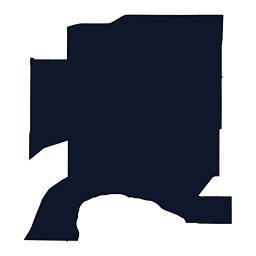 outline of Claremont, Western Australia, Australia
{"feature_id": "25037944B95117000304737", "entity_name": "Claremont", "entity_type": "district", "adm_level": 2, "iso_a3": "AUS", "parent_name": "Australia", "parent_adm1": "Western Australia", "projection": "mercator", "projection_center": [115.779, -31.981], "detail": "fine", "context": "isolated", "style": "filled", "palette": "ink", "viewbox_px": 256, "rotation_deg": 0, "n_neighbors": 0, "source": "geoboundaries", "source_scale": "gbopen_adm2", "svg_char_len": 3819}
<svg xmlns="http://www.w3.org/2000/svg" viewBox="0 0 256 256"><path d="M186.5,222.1L196.9,222.1L197.7,222.0L198.1,222.8L199.0,222.8L205.3,222.9L206.9,222.9L207.8,222.9L208.6,223.0L218.6,223.1L219.3,223.1L220.2,223.1L231.0,223.1L231.0,217.8L231.0,207.3L230.9,205.1L231.0,197.2L220.2,197.1L219.4,197.0L208.7,197.0L207.7,197.0L202.7,197.1L200.9,197.2L198.8,196.7L197.3,195.8L211.7,177.4L212.7,175.9L212.8,175.9L212.9,176.0L213.0,176.1L213.3,176.2L213.6,176.2L213.9,176.1L214.0,176.1L214.3,175.9L214.4,175.7L214.5,175.5L218.6,175.5L218.6,173.0L218.6,158.0L218.7,157.1L218.6,156.4L218.7,139.7L218.7,138.6L218.7,133.6L218.7,133.0L218.7,128.8L220.9,128.3L220.9,122.5L220.9,121.8L221.0,106.1L221.0,101.3L221.0,97.6L221.0,95.8L220.9,91.2L220.9,77.9L221.0,77.9L221.3,77.7L221.5,77.6L221.6,77.4L221.6,77.2L221.6,76.8L221.5,76.6L221.4,76.5L221.2,76.4L220.9,76.3L221.0,71.0L221.0,70.3L221.0,62.5L221.0,59.6L221.0,59.1L221.0,45.5L221.8,39.1L221.9,38.0L222.0,33.1L222.3,24.3L222.6,15.5L216.5,15.5L204.4,15.5L198.6,15.5L195.0,15.6L192.3,15.6L181.1,15.7L171.9,15.6L159.4,15.6L157.1,15.6L147.0,15.5L131.7,15.4L129.6,15.4L127.6,15.4L125.3,15.7L123.5,16.3L121.7,17.3L116.9,20.2L112.5,22.7L110.7,23.6L108.6,24.1L106.7,24.1L106.1,24.1L95.6,24.2L93.1,24.2L86.8,24.1L85.3,24.1L80.5,24.2L76.4,25.0L75.3,25.2L73.6,25.7L68.9,27.1L67.8,27.4L67.9,34.0L67.8,43.4L67.8,47.1L67.7,60.1L57.9,60.2L53.7,60.2L37.6,60.1L35.6,60.2L34.6,60.1L34.2,59.9L34.0,59.7L33.8,59.4L33.5,59.1L33.1,58.8L32.6,58.5L32.0,58.3L31.7,58.3L31.4,58.4L31.0,58.5L30.9,58.7L30.9,59.8L30.9,61.4L30.9,63.8L31.0,65.2L31.0,65.7L31.2,66.2L31.1,68.0L31.1,73.5L31.0,84.3L31.0,89.6L31.0,92.7L30.9,109.9L30.9,119.8L30.9,123.2L30.9,130.0L30.0,134.8L29.9,151.2L29.9,158.7L35.8,153.9L42.1,148.8L43.7,147.5L47.7,146.2L50.7,145.2L59.9,142.3L68.6,139.5L68.6,156.9L68.5,174.4L68.4,177.2L62.4,180.5L52.0,187.6L50.7,188.5L49.5,189.4L47.2,192.8L44.9,196.1L42.4,200.3L40.4,205.8L38.8,209.5L36.4,215.6L35.9,216.8L32.1,227.0L30.6,230.1L29.4,232.3L27.4,235.4L25.0,239.3L29.0,239.4L41.5,239.6L66.4,240.0L67.2,240.6L67.4,240.0L69.5,240.0L70.9,240.0L77.2,240.1L77.4,239.1L77.6,238.7L78.2,236.3L78.2,236.0L78.3,235.5L78.3,235.1L78.4,234.3L78.4,233.9L78.4,233.5L78.4,233.1L78.1,231.8L77.3,229.9L77.1,229.5L77.0,229.0L76.4,227.8L75.8,225.5L75.8,224.9L75.7,224.0L75.7,223.4L75.8,222.9L75.8,222.5L76.0,221.1L76.1,220.8L76.1,220.4L76.2,220.0L76.4,219.5L76.6,219.0L76.8,218.6L77.0,218.1L77.2,217.7L77.4,217.0L77.4,216.6L77.2,215.0L77.2,214.6L77.3,214.0L78.4,209.9L78.5,209.4L78.6,209.0L78.7,208.6L78.8,207.7L78.9,207.4L79.5,206.1L79.7,205.7L80.1,205.3L81.0,204.0L81.3,203.5L81.8,202.9L82.1,202.6L84.1,200.9L84.6,200.7L86.3,200.1L86.9,199.9L87.5,199.6L88.0,199.4L88.4,199.1L90.2,198.3L90.4,198.2L91.6,197.6L92.0,197.3L92.3,197.1L92.6,197.0L93.1,197.0L93.5,196.9L94.0,196.8L94.9,196.7L95.7,196.5L98.2,195.4L101.0,194.6L102.7,194.5L103.0,194.4L103.7,194.4L104.2,194.4L104.6,194.4L105.0,194.4L105.6,194.4L105.9,194.3L106.3,194.3L108.5,193.8L109.1,193.7L109.5,193.6L112.3,193.3L112.8,193.3L113.7,193.4L114.2,193.3L115.4,193.4L115.7,193.4L116.8,193.4L117.2,193.4L117.8,193.4L118.9,193.4L120.2,193.5L120.8,193.5L121.6,193.6L123.7,194.2L124.2,194.4L124.6,194.5L126.1,195.0L126.4,195.2L127.1,195.6L127.4,195.8L127.8,196.0L128.4,196.5L129.2,196.7L129.6,196.7L130.0,196.7L130.8,196.6L131.2,196.5L131.6,196.5L132.1,196.5L132.4,196.6L132.8,196.8L134.2,197.4L134.6,197.5L135.0,197.5L135.4,197.5L137.9,197.5L139.4,197.7L141.5,198.4L143.8,199.0L144.2,199.2L144.4,199.2L144.8,199.3L145.1,199.4L145.4,199.4L146.1,199.6L146.6,199.7L151.2,200.1L153.0,200.8L155.6,202.1L157.2,203.3L158.7,204.4L159.5,205.1L160.7,206.4L160.8,206.6L162.6,208.1L164.6,209.2L170.2,211.4L173.8,212.9L177.4,214.2L181.9,216.9L183.9,217.6L184.5,218.3L185.8,220.3L185.9,220.6L186.2,221.6L186.5,222.1Z" fill="#0f172a" stroke="#020617" stroke-width="1.5"/></svg>